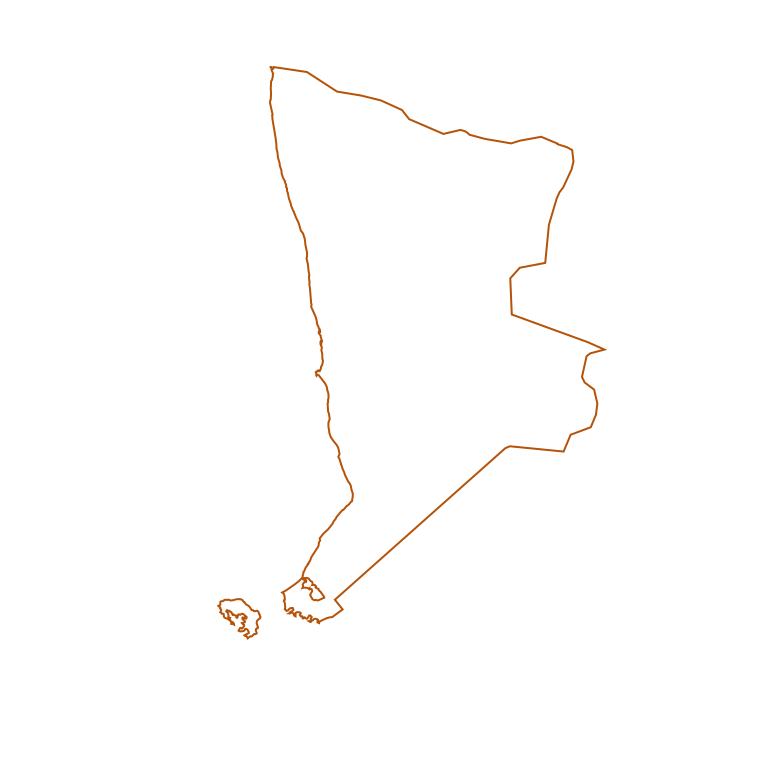 outline of Dhubab, Ta`izz, Yemen, rotated 19°
{"feature_id": "15242507B83156576087304", "entity_name": "Dhubab", "entity_type": "district", "adm_level": 2, "iso_a3": "YEM", "parent_name": "Yemen", "parent_adm1": "Ta`izz", "projection": "mercator", "projection_center": [43.427, 12.956], "detail": "fine", "context": "isolated", "style": "outline", "palette": "amber", "viewbox_px": 768, "rotation_deg": 19, "n_neighbors": 0, "source": "geoboundaries", "source_scale": "gbopen_adm2", "svg_char_len": 6165}
<svg xmlns="http://www.w3.org/2000/svg" viewBox="0 0 768 768"><g transform="rotate(19 384 384)"><path d="M373.5,118.9L358.8,128.2L321.6,125.4L311.8,119.1L288.7,116.9L268.5,118.7L244.3,122.8L209.6,114.1L176.7,120.2L176.7,121.8L175.5,123.0L174.7,121.1L175.0,120.9L173.6,121.2L173.6,121.5L174.4,121.9L174.7,121.6L174.9,122.2L174.3,122.8L174.9,122.6L175.5,123.3L175.5,123.8L178.1,126.7L178.2,128.1L178.8,129.4L179.1,133.2L178.7,134.5L180.8,141.7L182.5,145.7L184.3,151.9L184.1,153.4L185.0,155.8L191.0,165.6L190.7,166.5L191.7,168.1L192.0,169.3L201.1,186.1L204.2,192.4L205.7,196.4L207.5,199.1L210.2,204.7L213.4,209.2L214.3,211.3L217.7,215.8L218.4,217.8L221.0,221.4L222.7,223.2L224.3,224.4L224.4,225.2L226.4,227.3L227.1,228.5L227.3,229.6L228.6,230.6L229.4,232.9L230.6,234.3L233.8,239.7L237.1,243.8L237.7,245.1L241.0,249.0L242.9,250.7L243.5,251.8L244.5,252.6L245.9,254.5L251.0,259.7L255.4,266.0L258.4,268.0L261.7,272.4L263.4,275.7L264.0,277.3L268.5,284.9L269.7,288.4L269.8,290.2L270.5,291.6L271.0,292.0L272.0,294.1L272.8,295.0L275.9,301.7L278.2,305.9L278.0,306.7L279.6,310.4L280.2,311.0L280.9,314.0L282.7,317.3L288.7,331.1L289.6,332.4L290.0,334.7L297.2,342.4L299.5,345.6L301.4,349.3L303.2,351.0L304.3,352.7L305.1,353.0L305.7,353.6L306.4,354.7L306.7,355.8L305.8,356.2L305.7,354.3L305.4,354.2L305.3,355.5L305.8,357.2L308.4,358.9L309.0,360.4L311.3,363.3L311.6,364.1L311.2,364.9L311.8,367.1L311.5,367.1L311.3,366.8L310.5,364.7L310.6,364.0L310.3,364.0L310.2,364.9L311.1,367.2L313.4,369.8L313.8,372.6L315.6,375.2L317.6,380.4L318.6,381.6L319.0,383.3L319.3,385.6L318.9,388.3L319.3,390.5L319.1,392.5L318.9,392.9L318.1,393.0L317.8,392.6L317.4,393.0L317.8,393.1L317.1,392.9L316.6,394.1L316.1,394.1L315.6,395.0L317.1,397.0L317.1,397.9L317.4,398.1L317.3,397.0L317.7,396.8L319.5,397.0L328.2,402.7L331.0,405.6L332.7,408.8L333.6,409.7L334.9,412.0L336.2,415.5L336.1,416.8L337.1,419.5L337.0,420.7L340.0,428.0L341.7,430.1L344.1,434.9L344.0,438.4L345.1,441.9L348.6,448.6L351.0,451.5L354.8,454.4L358.9,456.9L361.5,459.2L364.5,464.2L364.8,465.3L364.5,467.7L366.6,469.7L368.1,471.9L368.7,472.5L369.5,474.0L370.2,474.5L372.4,477.6L376.0,481.5L376.3,482.3L382.2,488.2L384.0,489.2L385.7,491.0L387.8,494.7L390.2,497.8L391.0,500.3L391.9,505.2L391.1,506.2L390.2,508.9L389.2,510.7L388.5,511.3L386.6,516.2L385.8,516.7L384.7,519.2L382.5,525.0L382.1,527.6L381.2,529.9L380.8,532.8L379.5,536.7L378.4,539.7L375.5,545.0L373.4,550.9L374.5,552.6L374.1,554.9L374.7,557.8L374.6,559.6L371.7,571.3L371.6,575.6L371.2,576.3L371.0,578.8L370.6,578.8L370.5,580.6L369.7,583.2L369.4,587.5L369.0,588.2L369.5,589.6L369.5,592.1L370.3,593.6L371.1,593.9L373.6,592.6L375.9,592.4L378.8,594.2L380.3,594.4L381.4,595.7L381.7,596.4L381.6,597.4L383.8,596.6L385.1,597.0L385.7,597.7L385.4,598.4L386.6,599.0L388.7,599.0L389.5,600.3L391.6,601.1L396.6,604.7L397.1,605.5L392.0,610.2L389.7,610.4L388.4,611.2L386.2,610.6L382.8,607.5L383.5,603.1L382.3,601.5L381.2,601.7L380.3,602.6L379.7,602.2L379.7,601.4L379.3,601.8L377.8,601.8L374.6,602.6L373.3,603.5L373.5,601.9L372.4,599.8L373.3,597.1L373.9,596.6L374.7,596.6L374.5,595.1L373.9,594.8L372.3,595.2L369.4,594.5L367.9,597.8L364.7,602.7L358.5,611.2L355.6,614.3L357.3,614.8L358.9,616.7L360.4,620.0L360.4,620.6L359.9,620.9L360.0,622.0L360.9,622.5L361.9,624.1L363.3,627.3L363.6,629.4L365.1,629.7L365.7,630.3L367.2,629.1L367.2,628.2L368.5,626.4L370.7,625.5L371.9,627.0L371.3,628.3L369.6,630.2L369.5,630.9L368.8,631.8L369.9,631.5L370.4,630.6L371.0,630.2L372.5,630.3L373.5,630.7L373.9,631.6L374.9,632.4L376.0,632.5L374.9,629.2L376.3,627.9L378.8,627.3L380.0,627.9L379.6,629.6L379.9,630.1L381.3,630.8L382.0,630.3L382.5,630.4L383.2,631.8L383.8,632.1L384.4,631.5L384.6,630.6L385.0,630.4L386.5,631.1L387.4,631.1L388.1,629.9L388.6,627.3L389.6,626.9L391.4,627.7L391.6,628.5L391.1,629.7L391.6,630.6L391.7,631.8L390.2,632.7L391.9,633.0L392.5,632.5L392.9,630.9L393.7,630.5L394.2,629.1L395.5,628.3L397.2,628.1L398.3,628.4L398.5,628.9L398.3,629.0L398.3,630.2L398.7,631.1L400.5,631.2L400.3,629.6L405.6,624.5L408.4,622.4L410.9,621.3L418.3,610.6L407.8,604.0L519.6,405.2L523.3,401.9L575.8,389.4L577.0,371.2L593.6,357.5L594.4,344.0L592.1,333.0L584.5,320.9L573.2,317.2L568.9,312.9L566.5,291.8L569.0,287.9L581.2,279.7L563.0,278.1L482.2,276.7L469.0,243.0L474.5,229.9L497.0,217.0L488.1,179.8L486.9,152.6L487.5,145.6L489.4,139.9L491.5,119.8L490.7,111.9L485.8,101.6L479.9,100.5L470.0,100.8L469.8,100.2L452.1,99.1L433.1,109.8L425.9,115.1L399.5,119.4L383.7,120.5L381.3,119.4L378.2,118.6L373.5,118.9ZM320.6,634.4L318.6,634.1L318.1,634.5L317.3,634.5L314.9,635.4L310.6,638.2L309.2,638.6L306.8,638.6L305.9,639.3L304.2,639.6L303.1,640.5L303.0,641.2L302.4,641.7L300.5,642.6L300.2,643.5L301.1,645.9L300.2,647.5L299.5,647.6L299.5,647.8L301.8,648.5L302.3,649.1L302.1,649.6L303.5,650.4L303.7,650.9L303.5,653.1L304.3,653.1L305.5,654.0L306.1,653.5L307.5,653.8L308.1,655.7L308.7,656.4L310.1,657.0L312.8,656.9L316.2,658.1L316.9,658.7L317.7,660.6L319.0,660.1L320.5,660.4L320.0,659.4L319.1,658.6L317.4,658.3L317.3,658.5L315.9,657.8L315.2,656.8L315.3,656.5L315.1,656.7L314.5,655.9L314.6,655.3L313.3,655.6L312.8,655.2L312.5,654.7L312.7,654.2L311.0,651.3L308.8,650.4L309.2,648.9L310.6,649.2L311.8,648.8L312.5,649.5L314.0,649.4L314.8,650.6L316.2,650.7L316.3,651.6L319.3,651.0L319.9,651.4L320.3,652.8L321.1,653.0L321.4,652.6L321.2,649.6L321.8,649.0L323.1,649.1L324.4,647.5L325.8,647.3L329.9,649.0L330.2,649.8L330.0,650.7L328.1,650.7L327.8,650.4L327.5,650.7L326.4,650.7L326.2,651.1L326.9,652.6L329.1,653.0L329.7,653.5L329.9,654.5L327.5,656.3L328.9,657.1L329.9,657.1L330.3,657.6L330.5,658.5L329.6,661.3L329.3,661.5L328.0,661.3L327.4,661.5L326.8,664.6L328.2,664.8L330.5,664.0L332.1,662.8L332.6,660.7L333.4,660.5L334.8,660.7L337.0,662.6L337.2,663.5L333.8,667.1L334.5,667.4L336.2,667.2L338.0,668.9L339.3,666.7L340.2,665.9L341.1,665.7L342.7,662.6L344.1,662.3L344.8,661.0L342.9,658.6L342.8,657.5L343.2,656.5L344.0,656.2L344.2,655.3L341.5,651.7L341.1,650.0L341.1,649.3L341.9,647.3L342.9,646.4L343.1,644.6L341.7,643.1L341.5,642.4L340.6,642.0L339.8,640.7L338.6,639.8L337.6,639.8L335.7,641.0L334.5,641.0L334.1,640.6L332.5,640.8L328.7,638.0L325.5,637.3L323.2,636.0L323.0,635.6L322.2,635.7L320.6,634.4Z" fill="none" stroke="#b45309" stroke-width="2"/></g></svg>